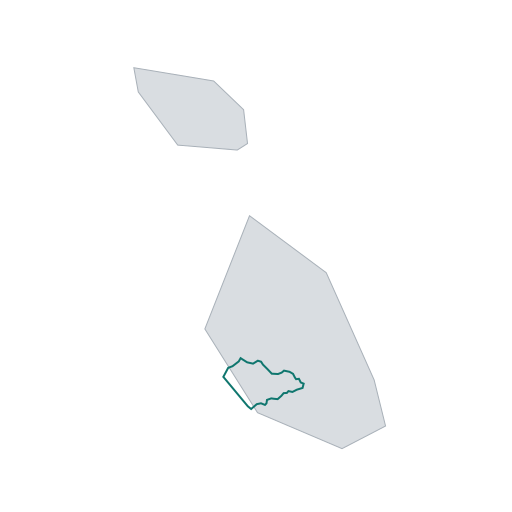 Siġġiewi on a map of Malta (Robinson projection), rotated 22°
{"feature_id": "MLT-5948", "entity_name": "Siġġiewi", "entity_type": "state/province", "adm_level": 1, "iso_a3": "MLT", "parent_name": "Malta", "parent_adm1": "", "projection": "robinson", "projection_center": [14.438, 35.844], "detail": "fine", "context": "in_parent", "style": "outline", "palette": "teal", "viewbox_px": 512, "rotation_deg": 22, "n_neighbors": 0, "source": "natural_earth", "source_scale": "10m", "svg_char_len": 898}
<svg xmlns="http://www.w3.org/2000/svg" viewBox="0 0 512 512"><g transform="rotate(22 256 256)"><path d="M439.8,365.1L407.9,402.4L316.1,400.7L235.9,342.8L234.9,221.1L327.4,245.2L412.0,326.7L439.8,365.1ZM198.9,164.8L141.9,182.5L85.4,148.0L72.2,127.2L151.2,109.6L189.7,125.0L206.0,154.9L198.9,164.8Z" fill="#d9dde1" stroke="#a8b0b8" stroke-width="1"/><path d="M308.8,399.7L304.7,398.4L271.0,380.3L272.1,370.1L275.5,367.0L279.5,360.2L280.0,356.5L287.6,357.9L293.6,356.9L296.9,352.4L300.3,352.1L303.1,354.1L308.8,356.5L314.7,359.2L320.6,357.2L323.5,354.5L324.9,351.8L330.5,350.8L334.5,351.4L337.6,354.1L339.3,355.2L341.8,353.8L344.9,356.5L348.0,356.5L348.6,360.9L344.0,364.6L340.7,368.4L336.7,369.1L335.9,371.4L333.0,372.8L331.9,376.2L329.7,380.6L326.3,381.6L323.5,382.3L320.1,385.3L320.9,388.7L320.1,390.7L315.8,390.7L312.2,393.1L308.8,399.7Z" fill="none" stroke="#0f766e" stroke-width="2"/></g></svg>